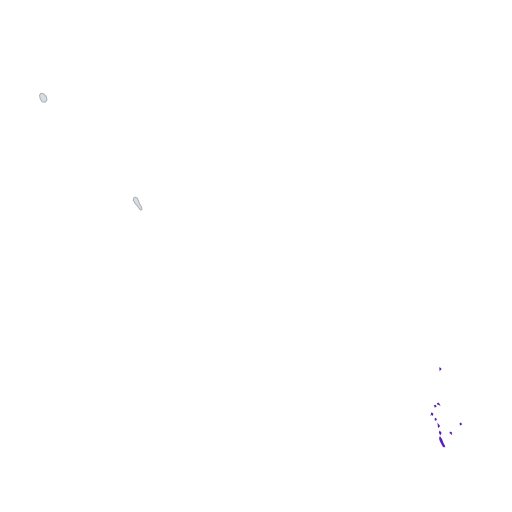 where Haa Dhaalu sits in Maldives, rotated 134°
{"feature_id": "MDV-5224", "entity_name": "Haa Dhaalu", "entity_type": "Atoll", "adm_level": 1, "iso_a3": "MDV", "parent_name": "Maldives", "parent_adm1": "", "projection": "equal_earth", "projection_center": [72.994, 6.597], "detail": "fine", "context": "in_parent", "style": "filled", "palette": "violet", "viewbox_px": 512, "rotation_deg": 134, "n_neighbors": 0, "source": "natural_earth", "source_scale": "10m", "svg_char_len": 1491}
<svg xmlns="http://www.w3.org/2000/svg" viewBox="0 0 512 512"><g transform="rotate(134 256 256)"><path d="M301.3,382.8L299.4,384.2L297.6,383.7L296.9,381.9L297.8,379.3L299.4,375.9L300.4,372.3L301.9,370.3L303.1,371.0L303.0,373.0L302.4,375.8L302.1,379.5L301.3,382.8ZM290.7,523.4L288.3,523.7L286.8,521.1L287.1,517.4L289.0,514.7L291.9,514.6L293.6,516.9L292.7,520.6L290.7,523.4Z" fill="#d9dde1" stroke="#a8b0b8" stroke-width="1"/><path d="M261.9,-11.6L262.4,-11.7L262.5,-11.5L262.5,-11.1L262.6,-10.7L261.1,-6.0L260.2,-3.9L258.8,-2.4L258.7,-2.4L259.2,-4.8L261.1,-8.8L261.9,-11.6ZM255.9,-0.1L255.6,0.5L255.5,1.1L255.3,1.4L254.8,1.6L254.8,0.5L255.1,0.1L255.9,-0.1ZM251.8,6.2L250.9,7.3L251.0,6.4L251.2,6.1L251.5,6.2L251.8,6.2ZM249.1,13.1L248.8,13.4L248.7,13.7L248.6,13.8L248.3,13.7L248.5,13.0L248.6,12.9L248.9,13.0L249.1,13.1ZM248.1,-7.6L248.1,-7.2L248.2,-6.9L248.2,-6.6L247.9,-6.5L247.8,-6.7L247.6,-7.1L247.7,-7.3L247.9,-7.4L248.1,-7.6ZM235.0,-8.2L234.7,-8.0L234.6,-7.7L234.5,-7.5L234.3,-7.6L234.4,-8.3L234.6,-8.4L234.8,-8.3L235.0,-8.2ZM239.8,22.6L239.6,22.8L239.5,23.1L239.4,23.3L239.1,23.1L239.2,22.4L239.4,22.3L239.6,22.5L239.8,22.6ZM235.6,21.6L235.7,22.0L236.0,22.1L236.1,22.3L236.0,22.6L235.5,22.5L235.4,22.2L235.5,21.9L235.6,21.6ZM247.4,19.1L247.3,19.5L247.4,19.8L247.4,20.0L247.5,20.0L247.2,20.2L246.9,19.5L247.0,19.3L247.2,19.2L247.4,19.1ZM209.6,44.7L209.3,45.0L209.1,45.4L209.0,45.5L208.9,45.2L209.0,44.7L209.4,44.7L209.6,44.7Z" fill="#8b5cf6" stroke="#5b21b6" stroke-width="1.5"/></g></svg>